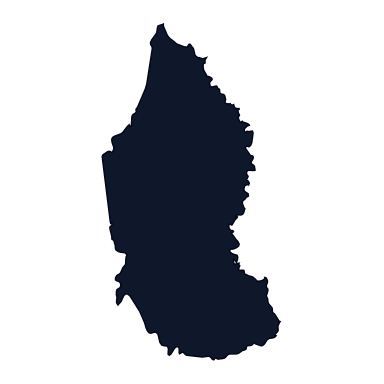 SVG path tracing the border of Zanzan, rotated 181°
{"feature_id": "CIV-3449", "entity_name": "Zanzan", "entity_type": "Region", "adm_level": 1, "iso_a3": "CIV", "parent_name": "Ivory Coast", "parent_adm1": "", "projection": "natural_earth1", "projection_center": [-3.572, 8.502], "detail": "fine", "context": "isolated", "style": "filled", "palette": "ink", "viewbox_px": 384, "rotation_deg": 181, "n_neighbors": 0, "source": "natural_earth", "source_scale": "10m", "svg_char_len": 5776}
<svg xmlns="http://www.w3.org/2000/svg" viewBox="0 0 384 384"><g transform="rotate(181 192 192)"><path d="M264.1,77.8L265.4,79.8L265.5,81.5L265.1,85.2L265.3,86.1L265.8,88.0L265.8,91.1L265.3,93.1L264.1,93.9L262.7,94.7L261.7,96.2L261.5,98.4L262.3,100.2L263.7,101.4L265.5,101.8L267.0,102.8L266.9,105.0L265.7,107.2L262.5,109.1L261.4,111.2L259.7,115.3L257.5,117.8L257.1,118.8L256.9,124.6L256.5,126.4L255.6,128.0L256.6,128.7L257.2,129.4L258.0,130.1L259.4,130.3L261.9,130.5L264.4,131.1L266.9,132.7L267.6,134.5L267.7,136.9L269.3,142.3L269.8,142.8L270.5,142.9L271.1,143.2L271.3,144.2L271.4,146.2L273.5,154.3L273.3,155.9L272.3,156.5L271.6,157.3L271.3,158.8L271.8,159.7L272.7,159.2L273.2,161.1L277.8,193.5L282.4,225.9L281.7,227.6L277.2,230.7L275.9,231.2L274.7,231.1L273.5,230.4L272.6,230.3L272.0,231.0L271.3,232.5L270.9,234.4L271.1,235.8L272.4,239.2L273.1,241.9L273.0,243.9L272.0,245.4L270.0,246.6L264.0,248.9L262.2,250.4L257.7,256.5L256.0,258.1L255.9,257.7L255.4,257.0L254.7,256.5L254.1,256.6L253.8,257.5L253.4,266.1L253.0,267.4L252.3,268.4L250.0,269.9L249.2,270.8L249.1,271.4L249.4,272.9L249.4,273.6L249.0,274.3L248.0,275.7L247.6,276.5L240.4,294.3L239.1,299.0L234.2,334.4L234.3,335.8L234.9,337.4L235.6,338.3L236.0,339.3L236.0,340.8L235.1,343.1L230.5,349.7L230.0,350.9L229.2,356.6L228.7,357.5L223.8,359.3L223.6,359.4L223.5,357.2L219.4,348.1L218.2,346.6L216.6,344.9L213.3,342.6L211.0,340.6L209.8,339.7L202.6,337.1L200.5,336.8L199.2,336.9L198.4,338.4L197.8,339.3L197.4,339.7L196.9,339.7L196.3,339.5L194.7,337.3L193.7,336.2L193.4,335.8L193.1,335.2L192.9,334.7L191.4,328.8L190.9,328.3L190.3,327.7L189.1,326.9L188.5,326.5L187.9,326.2L187.4,326.4L187.0,326.5L186.2,325.8L185.5,326.0L183.9,325.4L183.6,325.4L183.1,325.5L179.9,326.6L181.4,324.0L181.2,321.3L182.9,320.4L183.2,318.5L182.5,313.8L182.3,313.7L180.1,310.0L179.7,309.1L179.3,308.4L178.5,307.9L177.3,307.7L176.1,307.2L174.9,306.6L174.1,305.9L173.9,304.8L175.9,302.6L176.4,301.2L175.6,297.8L173.6,297.3L169.7,298.4L168.8,297.8L168.3,296.7L167.7,295.7L166.5,295.3L166.2,294.5L166.1,292.9L165.7,291.2L164.5,290.5L162.0,290.0L160.9,288.7L160.0,284.9L160.8,282.2L159.5,281.0L157.3,280.7L155.3,280.9L154.7,280.1L153.9,279.6L153.0,279.6L151.9,280.1L151.2,277.8L150.2,276.6L148.6,276.2L146.4,276.2L146.4,275.4L147.4,274.8L147.6,274.0L147.0,271.8L146.8,271.3L146.1,270.3L145.9,269.5L146.3,268.8L146.9,268.1L147.1,267.5L146.6,265.5L146.0,264.2L145.6,263.4L144.3,262.3L143.0,263.6L141.9,262.6L139.0,261.8L137.5,261.2L136.0,260.1L135.9,259.7L136.8,259.5L138.2,258.7L139.9,257.0L140.7,255.9L140.9,254.9L140.2,252.6L139.2,252.8L138.2,253.6L137.2,253.6L135.8,253.3L134.1,253.9L132.6,253.9L132.0,252.0L132.6,246.8L133.1,242.5L134.2,239.7L135.9,238.2L138.2,239.0L138.6,238.5L139.3,237.2L139.6,236.6L138.3,235.3L134.5,229.8L133.4,229.2L132.4,229.2L131.7,228.8L131.4,227.4L131.7,226.0L133.2,223.6L133.5,222.3L132.9,221.1L130.5,219.5L130.0,218.7L129.9,217.6L129.5,215.9L129.4,214.8L130.5,214.6L135.4,214.7L136.9,214.4L137.6,213.2L137.9,212.0L137.7,210.8L137.2,210.0L136.2,208.7L136.2,208.3L136.6,207.9L136.9,206.9L137.0,206.5L137.3,206.2L137.6,205.7L137.6,204.8L137.3,204.3L136.8,204.2L136.4,204.2L136.2,204.1L135.7,203.2L135.1,202.5L134.9,201.6L135.5,200.1L135.8,200.5L137.2,200.2L139.3,199.4L139.9,197.2L140.3,195.7L139.4,193.5L135.8,191.1L135.5,189.0L136.1,188.4L137.8,187.8L138.6,186.2L141.3,183.8L141.5,182.2L140.9,179.6L140.5,179.1L139.9,177.3L138.9,176.3L140.0,172.2L141.0,170.6L142.7,169.9L145.7,169.9L147.0,169.4L147.8,168.4L146.2,167.9L146.6,166.9L148.4,165.2L151.0,160.5L151.6,159.7L152.8,160.2L153.8,160.7L154.4,160.3L154.7,157.7L154.2,156.2L153.1,154.8L151.7,154.0L150.5,154.1L150.3,153.7L149.9,153.3L150.4,152.6L150.7,152.1L151.0,151.9L151.9,151.8L151.9,150.9L150.0,149.1L147.0,145.0L145.4,143.4L143.9,140.6L144.6,138.6L146.7,137.1L149.2,135.9L150.5,135.6L152.0,135.6L153.0,135.1L153.3,133.5L152.5,132.3L151.0,131.2L149.4,130.5L145.8,129.5L145.1,127.6L145.4,125.1L146.4,122.4L147.4,124.1L148.5,125.5L149.2,125.4L149.2,122.4L148.5,120.6L147.4,120.6L145.7,121.3L143.7,121.6L143.9,121.2L144.1,121.1L144.4,120.9L143.0,119.1L144.3,115.2L142.7,114.5L139.7,114.7L138.9,114.5L138.5,113.6L138.3,112.3L138.0,111.1L137.2,110.5L136.2,110.3L134.1,109.2L130.0,108.2L127.4,106.1L124.7,103.4L124.1,104.0L123.5,104.1L122.8,104.1L121.9,104.2L120.4,104.7L118.5,105.8L117.9,106.7L117.8,107.5L117.6,107.9L116.4,107.4L116.1,106.9L115.6,106.0L115.2,105.0L115.0,104.2L115.2,102.3L115.7,101.1L116.1,99.8L115.8,97.8L115.5,97.4L115.1,97.0L114.7,96.5L114.4,95.5L114.5,94.5L114.7,93.7L114.9,93.1L115.0,92.7L115.2,91.6L115.7,90.4L115.8,89.5L115.6,88.6L114.6,86.7L114.1,83.0L113.4,81.4L110.7,78.4L110.0,77.5L109.7,76.6L109.6,75.7L109.6,74.5L109.4,73.2L108.8,72.5L108.0,72.0L107.2,71.3L102.8,64.5L101.6,63.9L102.3,63.0L103.6,60.1L103.8,58.7L103.5,56.0L103.5,54.9L104.1,53.9L107.1,50.2L105.9,49.8L105.5,49.7L106.8,48.3L108.5,47.6L112.3,47.0L114.1,45.9L117.0,41.3L118.8,39.7L120.5,39.5L126.1,41.4L127.2,42.0L127.7,42.3L128.4,42.1L128.6,41.6L128.6,40.9L128.7,40.6L130.2,39.8L131.0,39.5L134.2,39.4L134.9,37.8L135.3,35.9L136.8,35.0L138.9,34.4L142.6,31.6L144.5,31.0L144.7,30.9L151.3,30.8L153.2,30.1L154.0,29.4L155.6,27.4L156.6,26.6L158.1,26.1L162.9,25.4L163.6,25.5L164.9,26.4L165.6,26.5L166.1,26.2L167.0,24.9L167.3,24.6L168.7,25.1L169.4,25.9L170.1,26.9L171.2,27.7L172.9,28.1L178.8,27.2L194.4,28.7L195.7,29.3L197.4,31.1L198.5,31.8L199.4,31.4L200.6,30.6L201.6,30.1L202.0,30.9L202.0,33.2L202.1,35.6L203.1,37.1L205.5,36.8L206.9,35.2L210.2,29.7L211.8,28.4L213.0,29.3L213.0,31.5L212.8,34.3L213.3,36.6L215.0,37.8L217.2,37.8L219.5,38.4L221.5,41.2L222.8,46.8L223.7,49.5L225.5,51.2L227.3,51.2L230.7,50.1L232.6,50.6L234.1,52.4L235.4,55.1L237.1,60.5L242.1,71.6L252.0,86.8L254.3,88.8L256.7,89.0L258.5,87.2L261.0,81.3L264.1,77.8Z" fill="#0f172a" stroke="#020617" stroke-width="1.5"/></g></svg>